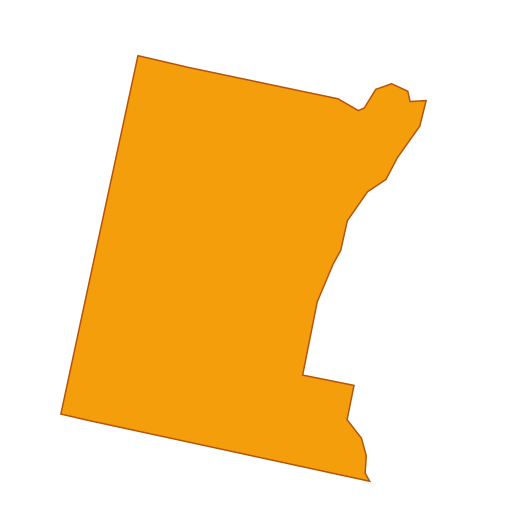 Rusk, Texas, United States of America (orthographic projection), rotated 12°
{"feature_id": "52423323B2750647625909", "entity_name": "Rusk", "entity_type": "district", "adm_level": 2, "iso_a3": "USA", "parent_name": "United States of America", "parent_adm1": "Texas", "projection": "orthographic", "projection_center": [-94.628, 32.126], "detail": "fine", "context": "isolated", "style": "filled", "palette": "amber", "viewbox_px": 512, "rotation_deg": 12, "n_neighbors": 0, "source": "geoboundaries", "source_scale": "gbopen_adm2", "svg_char_len": 502}
<svg xmlns="http://www.w3.org/2000/svg" viewBox="0 0 512 512"><g transform="rotate(12 256 256)"><path d="M98.9,84.6L98.4,247.3L98.0,451.2L126.1,451.7L414.0,452.7L407.9,445.7L405.4,428.5L397.1,412.4L379.1,397.2L378.8,362.2L326.4,362.8L325.4,288.2L333.1,247.9L337.7,232.8L338.0,202.5L351.7,170.0L367.2,154.1L373.8,130.5L389.2,94.9L390.1,68.6L374.6,72.9L370.2,63.3L352.8,59.3L338.5,68.1L331.2,88.6L325.8,92.5L303.7,85.2L151.6,85.6L98.9,84.6Z" fill="#f59e0b" stroke="#b45309" stroke-width="1.5"/></g></svg>